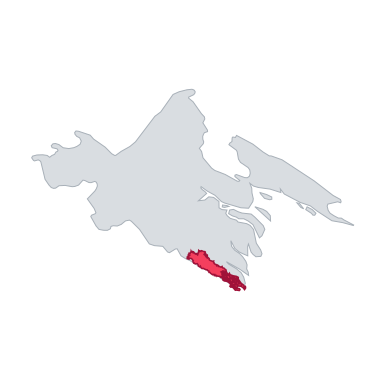 Satkhira, Khulna, Bangladesh (highlighted), rotated 309°
{"feature_id": "16705992B60176987344662", "entity_name": "Satkhira", "entity_type": "district", "adm_level": 2, "iso_a3": "BGD", "parent_name": "Bangladesh", "parent_adm1": "Khulna", "projection": "equal_earth", "projection_center": [89.15, 22.3], "detail": "fine", "context": "in_parent", "style": "filled", "palette": "rose", "viewbox_px": 384, "rotation_deg": 309, "n_neighbors": 0, "source": "geoboundaries", "source_scale": "gbopen_adm2", "svg_char_len": 9693}
<svg xmlns="http://www.w3.org/2000/svg" viewBox="0 0 384 384"><g transform="rotate(309 192 192)"><path d="M143.1,271.9L143.1,262.6L138.2,244.4L138.4,242.4L137.4,233.6L136.1,228.8L135.5,223.6L138.5,216.2L137.3,215.0L130.7,212.7L130.0,210.8L131.4,203.5L126.7,196.6L124.8,191.5L129.9,174.8L131.1,163.3L130.8,161.1L127.7,158.5L122.3,157.4L118.5,155.3L116.2,152.0L114.3,150.7L112.0,151.7L109.0,150.4L106.5,147.2L104.4,143.2L105.2,138.9L109.2,128.8L110.7,128.5L114.1,130.4L115.4,130.4L117.6,126.4L120.8,115.0L131.7,115.9L134.3,115.6L137.1,114.7L138.6,113.2L139.4,111.4L139.1,109.8L135.8,107.7L134.5,106.0L133.5,101.5L132.6,99.8L126.0,99.5L122.5,97.4L120.7,95.5L117.3,89.3L113.2,84.7L109.2,83.6L107.7,82.1L106.9,79.8L107.4,76.4L109.4,69.8L120.3,55.6L120.6,54.1L120.2,52.3L117.0,50.0L116.8,48.9L117.7,45.9L119.5,45.5L123.2,48.2L127.0,52.6L129.3,56.5L129.4,59.5L132.3,60.2L134.8,61.5L137.4,61.1L139.0,61.9L140.1,61.6L140.6,59.8L138.4,55.4L139.4,53.5L141.9,53.6L143.7,55.3L145.1,58.7L145.3,64.0L148.2,68.9L152.1,72.3L155.1,73.9L158.7,75.0L161.9,73.9L163.4,70.5L162.7,67.5L163.2,64.8L164.4,63.4L166.4,63.4L167.8,65.6L172.1,77.1L171.2,82.2L172.2,96.3L171.2,105.5L171.8,109.1L172.6,109.7L179.0,111.4L188.3,115.1L195.4,116.5L227.5,115.5L234.5,117.3L255.9,115.9L261.8,118.9L268.2,123.7L271.8,127.3L272.5,129.3L272.1,131.1L270.9,132.0L268.7,132.1L263.6,129.7L262.8,130.4L262.8,136.0L258.8,150.0L258.2,154.3L256.8,156.0L252.6,156.9L249.8,165.1L248.7,166.1L245.9,164.3L244.1,164.6L242.0,165.3L239.8,167.2L238.3,169.6L236.6,170.4L230.6,170.2L229.5,174.0L225.5,179.0L222.9,192.2L223.1,196.2L226.5,206.7L228.9,220.4L229.8,221.8L231.0,221.9L231.0,215.6L232.1,214.8L233.5,215.5L236.4,224.0L238.0,226.1L240.5,226.7L243.3,225.4L245.5,223.0L246.3,220.3L245.5,211.1L246.8,207.4L251.7,201.8L252.4,200.1L252.0,190.9L253.8,190.6L256.3,191.3L259.4,189.1L260.4,189.1L261.7,191.4L264.0,191.0L267.5,209.2L267.8,222.1L268.7,229.3L269.9,230.9L273.7,241.7L277.5,279.7L278.1,303.8L279.6,312.1L278.4,313.9L277.2,314.3L276.1,311.4L268.1,305.2L266.1,305.9L263.4,309.4L262.4,312.7L262.9,317.4L263.8,322.0L265.7,324.6L265.9,327.5L268.1,338.4L267.5,338.5L263.1,328.5L257.7,318.8L255.9,301.3L255.7,292.7L252.0,282.6L248.5,265.0L250.0,258.7L247.5,261.4L243.4,250.9L237.2,240.6L235.3,236.0L235.2,231.5L232.6,236.0L229.0,239.2L225.3,243.9L222.8,245.3L215.0,246.2L210.5,239.9L204.0,224.4L203.1,220.9L203.9,211.8L202.3,203.2L201.9,195.7L200.7,196.3L200.3,198.4L200.5,201.6L200.1,204.3L189.2,202.5L193.9,207.1L198.8,208.1L201.4,212.2L201.6,218.9L196.7,223.0L197.2,226.4L200.0,230.5L196.6,231.7L195.7,234.4L195.6,238.3L198.1,244.3L197.6,246.6L201.8,254.4L202.6,258.2L201.6,263.4L192.7,274.2L190.2,281.8L188.0,285.3L185.3,286.0L181.9,282.4L181.9,278.7L182.5,275.7L187.1,268.6L184.6,269.6L177.5,275.5L176.1,270.7L175.1,266.3L175.1,260.9L178.6,252.8L174.7,256.9L173.6,261.9L174.1,267.8L173.6,272.0L172.0,277.5L170.0,280.7L166.6,282.9L165.1,286.1L162.8,288.5L162.0,277.4L159.5,262.6L159.0,265.8L160.3,275.0L160.2,281.0L158.4,285.7L154.6,290.9L151.8,291.6L150.1,290.8L144.7,283.1L144.3,275.9L143.1,271.9ZM208.8,272.1L202.1,273.9L198.8,273.3L205.0,259.9L204.8,253.9L203.8,249.1L200.6,245.1L200.4,242.3L198.9,238.5L198.2,234.1L201.7,232.6L204.6,235.2L205.7,240.3L207.1,244.1L212.1,251.9L212.0,256.7L210.7,268.5L208.8,272.1ZM222.9,267.7L218.9,271.3L220.1,250.1L223.2,258.0L223.9,262.2L222.9,267.7ZM238.3,257.1L236.6,258.6L234.9,257.3L232.7,252.4L233.8,246.1L234.4,245.2L237.0,251.6L238.3,257.1ZM253.5,301.7L251.2,302.0L250.1,300.5L250.6,298.3L249.9,291.5L252.9,290.8L254.0,296.5L253.5,301.7ZM250.8,282.6L249.2,289.4L248.5,286.3L249.6,280.3L250.8,282.6ZM203.4,227.6L204.1,229.8L200.4,226.9L199.4,224.9L201.1,223.9L203.4,227.6Z" fill="#d9dde1" stroke="#a8b0b8" stroke-width="1"/><path d="M138.1,229.5L137.2,230.1L137.8,231.8L138.4,232.2L139.1,231.8L140.0,233.6L139.5,235.3L139.6,236.0L138.8,236.2L137.8,238.0L138.2,238.3L138.0,239.1L138.4,240.0L139.7,241.2L139.1,242.9L138.5,243.4L138.7,245.1L139.7,245.2L138.8,246.5L138.8,248.1L139.7,248.6L140.4,251.8L141.1,252.7L140.8,253.9L141.2,254.8L140.2,255.8L140.8,256.7L140.5,257.5L140.6,260.0L141.2,260.1L142.1,261.5L141.2,261.5L141.0,262.0L141.9,262.9L141.8,263.7L142.5,263.5L142.8,265.1L143.9,266.5L143.7,268.0L144.0,269.0L144.6,268.3L145.0,268.7L144.9,269.3L143.0,271.6L143.2,273.1L143.6,273.6L144.5,273.7L144.8,271.8L144.2,271.6L144.1,271.4L144.3,270.8L144.7,270.9L144.7,270.5L144.4,270.4L144.4,270.2L144.7,270.2L144.4,270.4L144.8,270.5L144.8,271.0L144.3,270.9L144.1,271.4L144.9,271.8L144.6,273.6L144.5,273.8L143.7,273.8L144.6,275.7L144.7,274.0L144.9,274.0L145.1,274.2L145.4,273.9L145.7,273.0L146.1,272.9L146.3,273.0L146.8,272.6L145.6,270.5L145.7,270.0L146.5,270.0L146.1,269.7L145.9,268.9L145.2,268.6L144.4,267.4L145.3,268.5L146.0,268.8L146.6,270.0L146.4,270.3L145.7,270.2L146.1,271.4L146.8,272.2L147.2,272.1L147.9,272.4L147.9,271.4L148.5,270.5L147.9,270.4L147.7,270.3L147.5,270.0L147.5,269.1L146.6,268.9L146.4,268.2L147.3,266.0L146.6,268.7L147.4,268.9L147.6,269.2L147.8,270.3L148.4,270.3L148.5,270.6L147.9,272.5L146.9,272.3L148.0,273.3L147.0,274.7L147.4,275.2L148.3,275.3L149.0,276.5L150.5,273.6L149.4,272.1L149.0,270.5L148.4,269.8L148.4,268.7L149.0,269.1L149.1,268.2L149.5,267.9L148.9,267.5L148.7,268.0L148.0,268.2L148.0,267.8L148.3,267.2L148.1,268.1L148.7,267.5L148.5,267.0L148.8,265.6L148.4,265.4L148.4,265.0L148.1,265.0L148.1,264.8L148.5,264.9L148.4,265.4L148.8,265.7L148.7,267.3L149.6,267.8L149.1,269.2L148.5,268.9L148.9,270.1L149.7,269.8L149.2,269.5L149.3,269.0L149.8,268.6L150.4,268.4L149.7,266.4L150.8,265.1L149.8,266.4L150.5,268.4L149.3,269.2L149.8,269.8L149.1,270.1L149.5,271.6L150.0,271.3L150.7,271.4L151.2,270.9L150.9,268.3L151.1,268.0L151.3,269.6L153.0,267.1L152.7,265.6L153.0,264.8L152.3,263.5L153.1,262.2L151.8,261.9L151.6,260.8L150.7,259.3L151.5,259.0L151.2,257.4L150.3,257.5L150.8,256.2L150.3,254.8L150.5,253.9L151.0,253.6L151.0,252.8L152.0,252.3L150.9,251.3L150.1,248.5L150.4,247.7L151.0,247.4L151.2,246.3L151.1,245.8L150.4,245.5L151.0,245.0L150.4,244.1L150.7,243.1L151.2,243.4L151.2,244.4L152.0,245.0L151.7,244.4L152.6,243.6L151.1,242.5L151.0,240.1L151.5,241.0L152.0,241.1L152.6,241.8L152.9,241.2L152.8,240.3L153.7,240.1L153.8,239.5L153.0,238.4L152.5,236.5L152.2,236.1L151.4,236.3L151.2,235.2L150.6,235.3L150.8,234.0L148.6,235.3L147.7,234.8L147.4,235.7L146.6,236.0L146.6,235.6L147.2,235.2L147.2,234.6L146.8,234.0L146.7,234.5L146.4,234.5L145.9,233.7L146.1,232.3L145.4,231.1L145.6,230.6L146.4,231.3L146.5,230.9L145.9,229.4L145.3,228.9L145.5,228.5L145.0,228.8L145.3,229.2L145.0,229.6L144.1,228.8L143.1,229.2L142.8,228.6L142.5,229.2L141.7,228.4L140.6,228.7L140.9,230.0L140.3,229.7L139.5,230.1L139.2,229.6L138.7,230.2L138.5,229.8L138.1,230.1L138.1,229.5ZM146.8,275.2L146.9,274.1L147.8,273.4L146.8,272.7L146.1,273.6L145.9,274.2L145.6,275.0L146.0,275.2L146.2,276.2L146.1,276.8L145.6,277.2L145.8,277.7L145.3,277.9L145.6,279.1L144.9,279.8L144.7,279.2L144.4,280.4L145.2,280.5L145.4,280.1L146.1,279.4L145.3,280.6L144.3,280.5L144.2,281.5L144.9,282.9L145.1,285.5L145.6,286.0L145.5,284.7L146.1,284.3L145.7,283.0L145.8,282.1L146.0,282.3L145.7,283.0L146.2,284.3L145.6,284.7L145.7,285.9L145.5,286.0L145.1,285.7L144.9,286.1L146.9,287.1L147.5,286.7L148.0,284.8L147.3,284.3L147.3,283.6L146.9,283.8L146.9,283.5L147.0,283.1L146.6,283.1L147.1,283.1L146.9,283.7L147.2,283.6L147.4,283.6L147.4,284.3L147.7,284.4L148.0,284.8L148.1,285.1L148.2,283.0L148.8,281.1L147.0,281.0L146.5,280.6L146.2,278.5L147.4,276.9L146.8,275.2ZM148.2,275.5L147.4,275.6L147.7,276.8L146.6,278.6L146.6,279.8L147.1,280.4L147.9,280.4L148.0,279.9L147.5,279.6L147.4,279.4L147.4,279.2L147.6,278.9L147.5,279.4L148.1,279.9L148.0,280.4L149.2,280.8L148.5,285.3L150.6,285.9L150.8,285.7L150.8,285.1L151.0,284.8L150.9,284.5L150.9,284.2L150.9,283.8L150.7,283.9L150.3,283.5L151.0,283.7L151.1,284.8L150.9,285.1L151.2,285.0L151.6,284.1L151.4,282.6L150.6,282.4L150.0,282.9L149.9,282.8L149.9,282.4L149.9,282.9L150.5,282.3L151.4,282.5L152.0,281.4L150.8,281.2L150.3,280.3L149.2,279.9L148.8,279.2L148.9,278.5L150.4,277.4L148.6,276.5L148.2,275.5ZM151.1,272.5L150.6,271.8L149.7,271.7L150.8,273.5L149.5,276.2L150.6,277.1L150.7,277.6L149.1,279.1L150.1,279.6L149.9,279.2L151.1,278.4L150.9,278.0L150.9,277.9L151.2,277.8L151.1,277.4L151.1,276.9L151.2,276.7L151.3,277.8L151.2,277.9L150.9,278.0L151.1,278.4L150.0,279.2L151.1,280.9L151.8,280.7L151.4,280.2L151.4,279.7L151.1,279.5L151.5,279.7L151.5,280.3L152.4,281.2L152.3,282.1L151.7,283.0L152.0,284.6L152.3,284.7L152.4,283.9L152.8,283.3L152.3,283.0L152.2,282.9L152.2,282.7L153.3,280.8L152.5,280.3L152.1,279.7L152.1,279.2L152.4,278.9L152.3,278.5L152.7,278.0L152.1,277.2L152.8,276.6L151.7,273.6L152.4,272.3L151.1,272.5ZM146.6,289.2L144.1,286.2L144.3,283.9L143.5,282.5L143.4,280.7L142.6,280.7L142.4,282.0L143.2,282.8L143.5,284.1L142.9,287.5L143.7,288.2L145.2,290.8L146.3,290.8L146.7,290.0L146.6,289.2ZM152.5,285.9L153.4,282.8L154.8,281.7L154.4,279.6L152.8,276.7L152.1,277.2L152.7,278.0L152.3,278.5L152.5,278.9L152.2,279.7L152.5,280.2L153.3,280.7L153.4,280.9L152.2,282.8L152.8,283.1L152.9,283.3L152.3,284.8L151.9,285.0L152.5,285.9ZM150.0,285.8L148.5,285.5L148.2,286.0L148.5,287.5L149.5,289.3L151.1,288.8L152.1,289.1L151.9,287.2L151.0,287.1L150.1,286.3L150.0,285.8ZM151.6,289.1L149.6,289.5L149.7,291.7L150.2,292.1L150.6,292.3L150.8,292.0L151.8,291.6L152.1,290.3L151.6,289.1ZM145.6,275.1L146.0,273.6L146.3,273.2L146.0,272.9L145.1,274.3L144.8,274.1L144.7,274.5L144.9,279.7L145.6,279.1L145.2,278.7L145.2,277.8L145.7,277.7L145.5,277.2L146.1,276.7L146.0,275.3L145.6,275.1ZM150.5,292.5L149.7,292.0L149.2,294.3L151.0,294.1L151.1,293.6L151.7,293.6L152.3,292.8L151.6,292.1L150.5,292.5ZM151.9,287.1L151.3,285.2L151.0,285.2L150.7,285.9L150.0,286.0L150.9,287.0L151.9,287.1Z" fill="#f43f5e" stroke="#9f1239" stroke-width="1.5"/></g></svg>